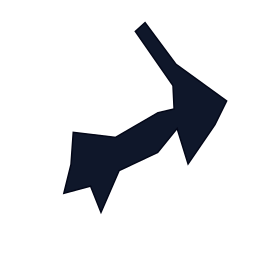 SVG path tracing the border of Sandys, rotated 228°
{"feature_id": "BMU-5141", "entity_name": "Sandys", "entity_type": "state/province", "adm_level": 1, "iso_a3": "BMU", "parent_name": "Bermuda", "parent_adm1": "", "projection": "albers", "projection_center": [-64.87, 32.287], "detail": "fine", "context": "isolated", "style": "filled", "palette": "ink", "viewbox_px": 256, "rotation_deg": 228, "n_neighbors": 0, "source": "natural_earth", "source_scale": "10m", "svg_char_len": 386}
<svg xmlns="http://www.w3.org/2000/svg" viewBox="0 0 256 256"><g transform="rotate(228 128 128)"><path d="M82.1,219.4L72.3,194.8L61.1,148.6L94.8,164.2L90.0,133.8L102.3,92.9L83.4,51.5L109.9,61.3L122.4,36.6L139.1,61.3L161.4,84.4L129.4,112.4L119.3,160.5L111.3,175.0L129.4,189.8L194.9,198.1L194.9,211.2L143.3,206.3L82.1,219.4Z" fill="#0f172a" stroke="#020617" stroke-width="1.5"/></g></svg>